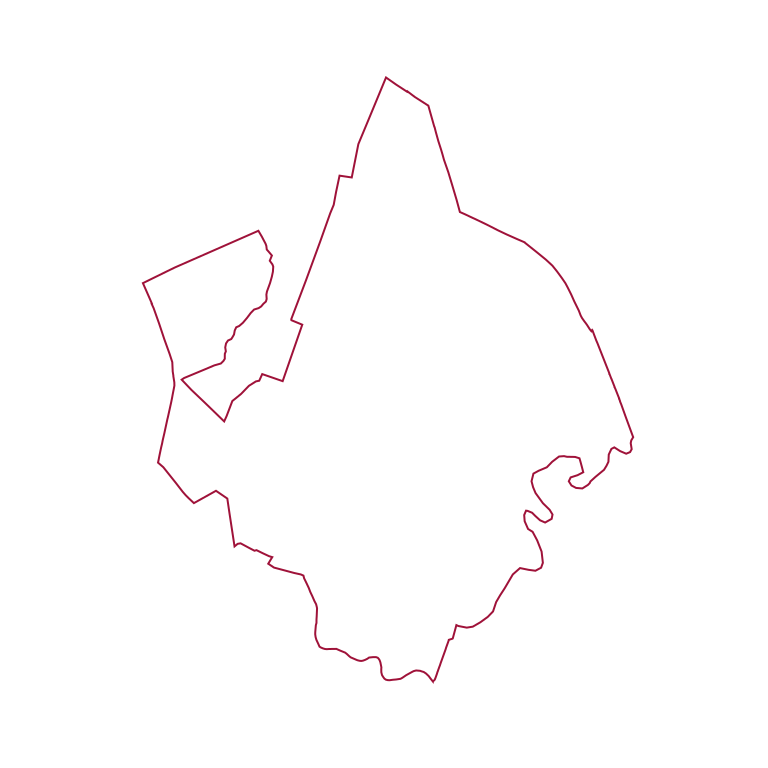 outline of Poienarii Burchii, Dâmbovita, Romania, rotated 170°
{"feature_id": "2599482B3003750716063", "entity_name": "Poienarii Burchii", "entity_type": "district", "adm_level": 2, "iso_a3": "ROU", "parent_name": "Romania", "parent_adm1": "Dâmbovita", "projection": "albers", "projection_center": [25.941, 44.724], "detail": "fine", "context": "isolated", "style": "outline", "palette": "rose", "viewbox_px": 768, "rotation_deg": 170, "n_neighbors": 0, "source": "geoboundaries", "source_scale": "gbopen_adm2", "svg_char_len": 4640}
<svg xmlns="http://www.w3.org/2000/svg" viewBox="0 0 768 768"><g transform="rotate(170 384 384)"><path d="M328.8,685.5L353.9,646.1L367.6,624.7L379.9,593.0L391.6,596.9L397.9,581.3L402.4,569.2L407.3,561.5L422.2,535.2L442.8,499.7L464.1,463.9L464.1,462.9L454.2,456.6L483.3,404.4L502.2,414.9L506.3,408.9L509.7,408.8L517.3,405.7L526.4,399.1L532.6,395.6L536.3,393.6L544.6,379.7L547.9,374.9L563.9,397.0L574.6,411.5L582.5,423.4L579.8,424.6L575.8,425.5L557.0,429.7L547.9,431.8L541.1,432.5L538.1,434.6L536.4,436.5L536.1,438.3L535.5,441.4L534.1,443.6L534.0,447.6L532.5,451.4L530.1,453.9L526.6,454.8L525.2,456.3L523.1,458.8L521.7,462.6L519.7,465.5L516.5,466.3L512.3,468.8L507.5,472.8L503.0,477.0L499.0,479.9L494.3,480.5L491.5,481.7L488.9,483.9L486.0,485.7L484.8,488.1L484.3,492.5L483.2,495.4L478.7,503.2L475.8,509.2L473.9,513.9L472.7,518.8L473.1,521.1L475.1,525.2L472.1,530.0L474.7,534.5L476.1,536.8L475.9,540.5L476.3,542.8L477.5,546.5L478.7,550.3L481.1,556.7L569.6,535.1L578.0,532.7L603.9,525.2L600.1,509.7L598.6,503.4L598.9,503.3L597.7,498.7L595.0,482.7L593.8,474.6L592.6,466.4L589.9,450.8L588.7,442.3L589.8,433.8L589.9,433.2L590.0,428.7L590.1,428.3L590.2,422.1L590.7,418.8L592.1,415.1L593.8,410.7L595.1,407.2L596.7,403.1L599.5,396.3L602.4,389.3L603.1,387.7L603.3,387.3L608.8,373.8L611.7,367.0L612.8,364.1L614.4,360.4L615.3,358.2L617.3,353.2L618.2,350.9L619.0,348.8L619.8,346.8L620.2,345.8L615.8,340.4L611.0,331.6L606.2,322.8L602.0,314.8L600.9,312.7L598.6,308.9L596.3,305.6L591.9,299.7L568.0,308.0L558.2,298.4L558.6,284.2L559.4,250.0L555.9,252.0L552.9,252.0L545.3,246.0L540.5,242.3L538.4,242.5L532.8,238.4L527.1,234.4L524.1,232.9L526.7,230.0L529.2,227.1L524.2,222.3L512.8,217.0L505.3,213.5L499.0,210.9L496.6,209.3L496.4,206.5L495.2,202.4L493.5,196.2L492.7,192.0L491.5,187.7L490.2,182.3L489.1,178.9L488.9,176.0L488.9,174.7L489.4,172.4L490.6,167.0L491.4,163.7L492.0,160.4L493.0,158.3L493.8,155.3L494.8,151.5L495.2,149.5L495.3,146.6L495.0,143.8L493.9,139.7L493.1,136.5L491.7,135.3L490.0,134.2L488.2,133.3L486.4,132.8L484.5,132.6L480.5,132.0L476.9,131.4L473.5,129.1L468.9,126.2L467.4,124.5L465.7,122.2L464.3,120.6L459.6,117.5L458.2,116.6L456.2,115.7L454.5,115.2L452.8,115.2L450.5,115.6L448.1,116.3L446.2,117.2L444.7,117.1L442.0,116.9L439.3,116.4L437.7,115.5L437.0,114.4L436.3,112.8L435.9,110.5L435.8,106.3L435.8,105.3L436.0,104.5L436.2,103.7L436.7,100.6L436.5,97.7L435.8,95.9L434.8,93.8L433.5,92.5L431.7,91.7L429.8,91.3L426.8,91.2L423.3,90.9L418.9,90.8L416.9,91.5L412.7,93.4L406.3,95.6L404.6,96.1L402.1,96.3L398.3,95.3L396.9,94.5L394.9,93.5L392.9,91.6L390.7,88.6L389.2,85.6L387.5,82.5L387.4,82.8L386.8,83.1L386.1,83.4L385.7,83.7L385.0,84.5L384.8,85.0L384.6,85.2L384.3,85.7L383.5,87.1L382.2,89.4L381.4,91.0L380.7,92.1L380.3,92.9L379.2,94.8L378.3,96.4L378.0,96.8L376.5,99.6L369.4,112.0L368.6,113.6L365.6,118.8L364.8,120.3L364.6,120.8L360.7,121.3L360.4,121.6L355.7,131.6L354.6,134.0L352.9,132.8L344.8,129.7L338.7,129.6L330.5,132.6L322.3,136.6L316.1,141.1L311.4,149.8L306.3,155.8L300.6,161.9L295.4,168.0L290.2,174.1L282.0,179.1L273.9,175.9L267.3,173.8L261.2,175.8L258.6,180.3L257.9,191.6L260.3,203.4L263.3,212.6L267.3,216.2L269.3,224.4L268.7,230.6L266.1,234.6L264.6,234.1L260.5,231.5L258.0,227.9L254.0,222.7L249.4,219.6L242.3,222.1L240.7,226.2L242.7,231.3L248.2,239.0L253.7,250.3L255.1,256.5L255.6,262.6L252.4,269.8L246.8,271.7L238.1,273.7L231.9,278.2L224.2,282.2L219.2,281.7L216.6,280.6L208.5,279.0L204.4,276.9L204.0,273.3L203.5,267.7L203.1,262.5L209.2,260.6L216.4,259.6L218.9,256.1L217.0,251.5L212.9,248.3L206.8,246.7L200.7,249.2L198.6,250.7L197.6,252.2L191.9,255.8L182.2,261.3L179.1,264.8L176.5,268.4L174.9,275.5L171.3,280.6L168.2,281.6L163.1,276.9L157.6,273.3L153.5,274.2L151.4,276.8L151.3,282.9L150.3,285.5L147.8,288.4L148.0,289.2L151.7,309.8L153.9,322.7L154.6,325.9L154.5,326.2L154.7,327.0L154.9,328.7L155.1,328.8L155.0,329.4L155.3,330.7L156.8,338.1L156.9,338.6L157.4,340.6L157.5,340.7L157.4,341.0L159.0,349.0L159.0,349.3L159.2,349.6L160.2,354.8L160.4,354.9L160.3,355.6L166.7,387.1L167.4,390.0L169.4,400.6L169.6,401.0L170.1,400.5L170.6,400.0L171.8,402.1L173.5,406.2L173.7,406.7L174.8,409.0L175.7,410.7L177.5,414.5L178.4,417.2L179.4,422.4L182.3,432.4L184.1,439.6L186.3,447.0L187.9,451.9L188.0,452.1L190.4,457.4L194.0,464.7L197.6,471.3L203.0,478.4L210.5,487.1L220.9,498.9L220.9,499.1L227.9,503.7L237.4,510.1L245.0,515.5L255.2,523.2L265.1,530.3L267.4,531.9L267.6,532.0L274.5,536.9L279.4,540.2L280.5,552.4L282.2,567.2L283.8,580.6L283.8,580.8L286.0,594.4L286.5,599.7L287.1,605.0L288.3,613.7L289.2,623.0L289.6,628.3L289.8,628.6L292.0,650.4L303.8,661.3L310.2,668.2L310.5,667.8L320.0,676.7L328.8,685.5Z" fill="none" stroke="#9f1239" stroke-width="2"/></g></svg>